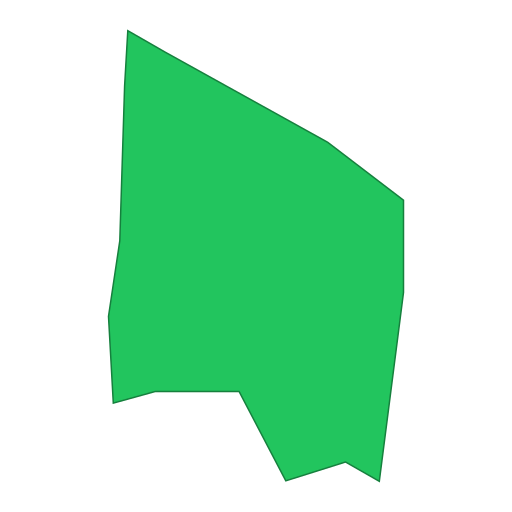 Čair, Natural Earth projection
{"feature_id": "MKD-2913", "entity_name": "Čair", "entity_type": "Municipality", "adm_level": 1, "iso_a3": "MKD", "parent_name": "North Macedonia", "parent_adm1": "", "projection": "natural_earth1", "projection_center": [21.435, 41.994], "detail": "fine", "context": "isolated", "style": "filled", "palette": "green", "viewbox_px": 512, "rotation_deg": 0, "n_neighbors": 0, "source": "natural_earth", "source_scale": "10m", "svg_char_len": 308}
<svg xmlns="http://www.w3.org/2000/svg" viewBox="0 0 512 512"><path d="M127.8,30.7L164.9,52.0L327.7,142.3L403.5,200.2L403.5,292.5L379.3,481.3L345.5,462.0L285.8,480.8L239.1,391.5L155.2,391.5L113.3,403.1L108.5,316.4L119.8,240.8L124.6,86.0L127.8,30.7Z" fill="#22c55e" stroke="#15803d" stroke-width="1.5"/></svg>